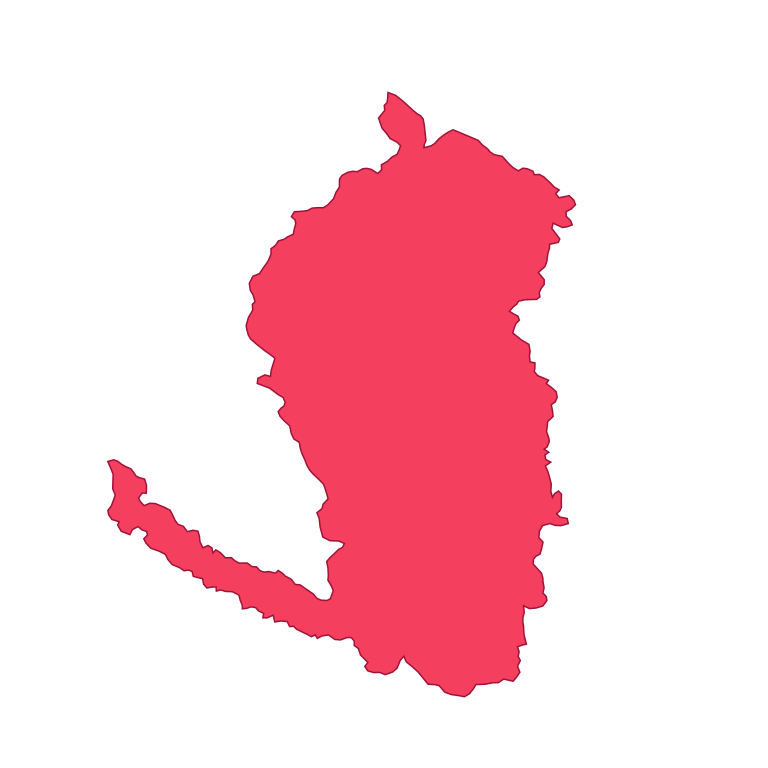 outline of Itapaci, Goiás, Brazil, rotated 291°
{"feature_id": "56859067B10600417055879", "entity_name": "Itapaci", "entity_type": "district", "adm_level": 2, "iso_a3": "BRA", "parent_name": "Brazil", "parent_adm1": "Goiás", "projection": "robinson", "projection_center": [-49.677, -14.921], "detail": "fine", "context": "isolated", "style": "filled", "palette": "rose", "viewbox_px": 768, "rotation_deg": 291, "n_neighbors": 0, "source": "geoboundaries", "source_scale": "gbopen_adm2", "svg_char_len": 5463}
<svg xmlns="http://www.w3.org/2000/svg" viewBox="0 0 768 768"><g transform="rotate(291 384 384)"><path d="M110.4,471.6L110.9,477.9L113.2,483.3L113.1,489.3L118.2,495.3L123.5,498.1L131.6,498.2L136.9,500.0L132.5,504.5L130.2,511.7L127.3,519.1L122.4,527.7L119.5,532.8L121.6,539.4L122.2,543.5L118.1,551.1L118.2,558.2L119.9,565.5L120.9,571.2L125.6,574.9L131.9,576.8L136.3,577.5L140.1,586.3L143.8,592.1L146.2,597.8L151.4,601.5L152.8,611.1L159.2,613.2L163.6,614.1L168.4,609.8L174.7,610.4L177.7,606.9L182.5,606.1L186.5,602.8L190.0,606.9L192.1,610.2L200.2,604.5L207.6,601.2L211.8,598.8L216.2,597.3L220.7,596.9L226.9,593.8L226.5,600.4L229.3,606.1L233.6,611.8L240.2,613.7L243.7,611.7L245.9,607.2L251.1,606.5L256.2,603.4L260.0,601.7L263.9,598.7L267.1,592.3L269.5,587.7L274.1,586.3L278.1,587.8L281.0,590.6L286.3,590.2L293.4,589.1L296.1,583.6L302.2,581.9L308.7,582.8L313.1,588.8L313.4,594.5L315.1,599.8L319.7,606.1L324.1,603.2L322.8,596.0L324.7,591.6L328.5,593.6L332.7,593.8L338.2,591.5L344.7,589.2L346.6,585.3L342.8,582.5L338.5,581.9L343.6,578.2L350.6,576.0L356.5,571.8L361.6,567.9L365.3,564.0L370.8,567.7L371.5,562.0L375.4,559.7L379.3,562.2L380.5,556.8L383.8,558.9L389.7,558.9L392.9,557.0L397.7,552.9L407.6,550.3L414.3,553.5L419.7,550.7L424.6,547.6L428.7,550.3L433.6,550.5L438.5,547.5L441.1,540.5L442.5,535.4L446.5,536.3L446.7,531.5L446.9,524.5L449.4,519.9L452.8,519.2L457.8,517.4L457.0,512.5L462.5,509.6L466.7,508.8L472.9,505.1L474.4,496.4L477.8,485.9L483.3,485.5L487.7,485.5L492.1,487.5L495.3,484.8L495.8,480.3L496.9,475.0L502.7,477.2L505.9,479.2L509.6,480.0L513.2,485.5L517.7,496.2L521.3,498.3L525.1,496.1L530.1,496.6L534.2,497.9L538.8,496.2L543.4,488.1L546.8,489.9L551.4,492.2L556.3,492.2L561.1,491.0L565.5,490.1L569.9,489.9L573.7,488.5L578.7,496.0L582.5,496.1L589.3,485.0L594.7,484.2L594.1,494.7L596.7,499.0L600.0,502.7L603.3,499.7L605.9,494.0L610.1,492.2L614.3,496.0L620.0,498.5L623.7,495.3L626.1,489.4L620.6,480.5L623.3,476.1L627.9,478.0L629.0,471.9L631.0,468.0L634.7,458.8L635.3,453.8L633.2,449.3L636.0,446.9L636.3,440.8L635.3,436.4L631.1,432.9L632.2,427.1L634.3,421.8L636.9,416.8L638.9,412.7L637.6,404.6L638.6,400.0L640.6,396.5L642.6,389.6L645.2,384.8L646.0,362.1L646.0,357.3L642.0,353.6L637.6,350.4L632.8,347.5L626.7,345.1L623.3,342.7L618.9,336.6L622.7,335.7L626.3,335.9L632.6,332.7L639.1,329.4L645.3,325.7L647.5,322.2L648.1,318.2L650.0,312.6L652.1,307.4L655.3,298.9L657.6,291.5L657.6,283.3L651.7,285.1L647.7,286.0L644.2,284.4L639.7,286.6L630.4,283.6L622.2,290.4L618.5,297.1L615.3,301.7L614.5,309.3L612.4,314.1L608.4,314.2L603.1,313.9L598.9,310.2L593.3,307.5L587.7,303.0L583.1,305.0L578.3,302.6L579.8,295.0L579.1,290.6L577.4,287.1L572.6,282.9L571.5,278.8L568.7,274.4L563.8,270.1L559.4,269.0L551.8,271.8L545.7,270.5L538.9,270.5L531.2,267.4L526.8,264.2L525.1,259.5L522.5,253.9L518.4,250.3L515.9,245.6L512.7,238.6L507.0,237.6L505.3,242.1L502.2,244.1L497.1,244.6L491.4,245.6L486.4,240.9L483.3,238.9L479.7,234.1L474.5,233.0L469.8,230.0L465.0,231.9L458.9,231.9L455.1,231.3L450.5,230.0L442.5,228.2L437.6,223.0L429.6,222.2L423.6,225.6L420.1,230.0L414.6,234.1L411.2,232.5L405.9,235.0L401.7,234.3L397.7,233.6L389.4,234.3L385.5,236.5L381.1,239.8L378.2,243.3L375.3,251.3L372.4,260.5L370.6,267.7L368.9,272.9L356.4,273.8L350.4,275.3L349.8,269.5L344.1,264.2L339.1,265.5L339.1,278.8L336.2,288.9L335.3,294.5L331.6,298.2L327.7,298.6L324.5,296.5L320.3,295.1L316.6,298.5L313.8,304.1L311.1,311.0L304.8,315.0L300.4,319.5L299.1,325.9L294.2,328.7L289.7,332.3L284.5,337.6L280.7,340.9L277.2,345.1L274.7,349.7L271.3,358.0L268.8,363.4L264.8,366.9L261.3,369.6L256.7,373.0L250.1,370.2L245.5,370.8L239.8,367.5L235.2,371.7L227.6,375.6L219.2,381.7L218.3,389.5L221.2,398.0L220.9,404.2L216.5,403.8L213.3,400.9L206.9,398.0L202.8,395.9L197.7,394.1L192.0,397.7L185.1,400.7L180.7,402.0L176.5,407.3L172.9,410.7L164.5,410.9L161.6,408.6L159.6,402.6L159.9,398.1L162.6,393.3L164.5,385.2L166.4,377.8L165.1,373.0L168.5,367.3L169.3,360.6L171.0,356.9L172.0,352.1L168.5,350.4L167.7,343.7L165.4,339.4L165.3,335.1L167.6,330.5L166.2,326.3L167.9,320.5L164.9,313.0L165.5,308.2L167.2,303.7L164.9,298.2L167.9,291.7L168.9,286.4L164.9,284.9L169.3,282.1L170.2,277.6L166.2,273.6L170.8,268.7L175.5,266.4L179.9,263.1L179.0,258.1L175.7,253.3L179.2,247.8L179.2,241.8L182.0,237.6L185.7,233.9L189.5,229.6L190.2,223.2L190.4,213.2L188.7,208.1L184.5,203.6L186.8,198.8L189.5,195.7L195.6,197.4L196.9,201.2L204.3,198.6L209.5,194.5L208.9,189.6L209.2,185.5L212.0,181.6L214.1,178.1L214.3,172.8L215.0,168.0L216.5,162.9L216.4,158.9L212.7,153.9L206.8,159.7L202.6,163.5L188.9,168.3L184.0,172.9L179.4,173.1L172.3,173.1L167.0,171.5L163.2,173.9L160.0,178.5L160.5,186.0L156.9,185.9L152.3,191.4L152.3,195.6L152.3,200.8L158.0,201.3L162.7,205.5L161.1,210.4L161.2,215.2L158.2,217.3L153.4,215.2L150.2,218.7L147.1,225.1L147.3,234.1L146.6,240.9L142.6,245.3L139.5,250.9L139.3,258.9L138.0,264.4L140.2,267.9L140.2,272.0L136.1,274.9L136.5,279.0L137.2,284.4L132.4,287.3L130.1,291.9L132.5,295.6L134.4,299.9L130.6,301.7L133.2,305.4L133.6,310.6L135.7,316.8L135.0,324.1L130.7,327.2L126.7,330.9L123.3,332.4L125.4,336.2L128.4,339.9L129.2,344.4L127.2,348.1L126.7,353.8L122.3,354.7L123.7,358.6L128.4,363.4L122.7,367.3L126.0,373.0L127.5,378.9L123.7,382.8L125.4,386.5L123.7,390.2L123.1,397.2L122.7,402.6L122.0,406.8L125.1,409.7L122.6,412.9L126.6,416.4L129.8,422.1L127.9,429.7L129.5,435.1L134.2,440.6L135.5,444.5L133.3,448.4L129.2,449.9L127.9,454.8L122.7,459.1L120.0,464.8L118.4,468.7L113.4,467.3L110.4,471.6Z" fill="#f43f5e" stroke="#9f1239" stroke-width="1.5"/></g></svg>